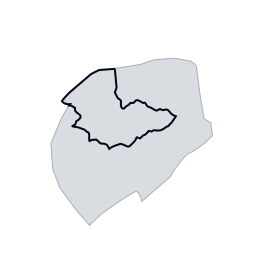 location of Manzini within eSwatini, rotated 50°
{"feature_id": "SWZ-536", "entity_name": "Manzini", "entity_type": "District", "adm_level": 1, "iso_a3": "SWZ", "parent_name": "eSwatini", "parent_adm1": "", "projection": "natural_earth1", "projection_center": [31.309, -26.515], "detail": "medium", "context": "in_parent", "style": "outline", "palette": "ink", "viewbox_px": 256, "rotation_deg": 50, "n_neighbors": 0, "source": "natural_earth", "source_scale": "10m", "svg_char_len": 2384}
<svg xmlns="http://www.w3.org/2000/svg" viewBox="0 0 256 256"><g transform="rotate(50 128 128)"><path d="M177.1,60.9L179.1,62.6L188.1,68.1L188.9,78.9L188.0,91.3L186.2,99.1L186.9,106.8L189.7,118.9L192.5,127.2L193.1,164.9L190.0,163.2L184.5,161.6L181.5,162.3L178.8,179.2L176.7,204.3L177.9,220.0L156.8,220.4L130.1,218.7L111.0,212.0L90.4,197.1L78.2,173.9L72.8,159.4L65.3,158.5L64.1,156.0L63.4,138.3L63.5,119.6L64.9,114.7L78.8,91.7L87.4,77.4L92.8,63.6L104.5,47.4L117.0,37.1L121.7,35.6L124.9,36.0L146.9,50.2L169.6,63.7L174.5,62.2L177.1,60.9Z" fill="#d9dde1" stroke="#a8b0b8" stroke-width="1"/><path d="M64.9,161.3L64.2,158.6L63.2,150.5L62.9,121.6L65.0,112.8L74.1,100.3L75.3,100.8L89.7,110.8L90.3,111.6L91.9,114.6L92.3,115.1L92.9,115.4L97.9,116.5L98.9,116.6L100.3,116.0L101.2,115.9L103.0,116.1L103.3,116.3L104.6,117.7L106.7,119.3L107.9,119.7L108.9,119.7L109.7,119.5L110.2,119.1L110.5,118.5L110.2,115.7L110.7,112.5L110.4,110.7L110.4,110.1L110.7,109.5L111.9,108.3L112.2,107.7L112.3,107.0L112.0,104.6L112.1,104.0L112.7,102.9L114.3,101.9L118.2,100.5L118.8,100.0L118.9,99.5L119.5,98.8L119.9,98.7L123.3,99.2L124.2,99.1L126.5,97.7L132.2,95.5L132.9,95.1L133.3,94.4L133.8,92.0L134.0,91.4L136.0,90.2L136.9,89.6L137.4,88.7L138.0,87.3L139.2,86.1L140.6,85.8L144.5,85.7L146.6,85.3L149.8,83.8L151.8,90.7L152.1,92.9L151.9,93.7L152.5,95.3L151.7,98.3L151.5,101.3L151.1,103.1L150.5,104.9L148.6,107.4L146.7,109.2L146.1,110.1L145.9,111.9L145.6,112.5L143.7,113.7L143.5,114.1L144.1,117.0L144.0,119.8L143.5,121.0L143.4,121.9L143.7,124.5L143.7,125.4L143.1,126.0L141.3,126.8L140.8,127.3L140.9,127.9L141.8,129.5L142.2,130.7L142.7,134.3L142.9,138.6L142.5,139.6L141.8,140.3L136.1,143.2L135.3,144.0L135.0,144.6L132.7,150.7L132.1,153.4L132.0,155.8L128.0,155.0L126.0,155.5L124.5,156.6L122.4,158.8L121.5,159.1L116.9,159.6L116.2,159.9L115.9,160.3L115.8,160.8L115.2,161.8L114.3,162.6L113.7,163.6L113.5,165.7L113.2,165.8L112.6,165.7L108.1,162.0L107.1,161.4L106.0,161.2L104.2,162.0L103.3,162.2L102.2,162.2L100.9,162.6L95.7,165.6L91.3,169.3L90.9,169.4L90.8,169.1L90.8,168.6L91.4,166.4L91.3,165.9L89.6,163.4L89.6,162.9L89.9,161.6L89.8,158.9L89.6,158.2L89.3,157.7L88.5,156.7L87.6,156.5L86.7,156.5L83.3,157.3L81.1,157.4L79.9,156.9L78.9,155.9L78.4,155.6L78.2,155.6L78.1,155.8L77.7,156.1L74.4,157.0L73.0,158.6L72.5,157.0L71.4,158.5L69.9,159.9L68.2,160.9L66.6,161.2L64.9,161.3Z" fill="none" stroke="#020617" stroke-width="2"/></g></svg>